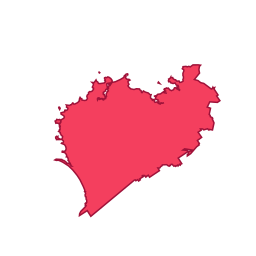 Sorell, Tasmania, Australia, rotated 136°
{"feature_id": "25037944B32706868282963", "entity_name": "Sorell", "entity_type": "district", "adm_level": 2, "iso_a3": "AUS", "parent_name": "Australia", "parent_adm1": "Tasmania", "projection": "equal_earth", "projection_center": [147.667, -42.792], "detail": "fine", "context": "isolated", "style": "filled", "palette": "rose", "viewbox_px": 256, "rotation_deg": 136, "n_neighbors": 0, "source": "geoboundaries", "source_scale": "gbopen_adm2", "svg_char_len": 5876}
<svg xmlns="http://www.w3.org/2000/svg" viewBox="0 0 256 256"><g transform="rotate(136 128 128)"><path d="M38.4,117.8L36.5,120.7L33.8,122.7L32.2,122.8L33.7,124.7L37.5,128.3L40.7,128.7L41.4,130.1L43.0,130.9L43.4,132.0L45.8,133.9L46.2,133.4L47.8,132.9L47.5,131.1L48.1,130.3L50.5,129.2L52.1,127.5L52.3,126.7L53.5,125.3L54.8,124.8L55.6,123.5L56.0,123.5L57.9,123.9L59.1,124.8L58.6,126.3L60.3,127.8L60.5,128.7L60.2,129.5L61.0,130.6L61.3,132.4L60.8,133.2L62.1,134.5L61.8,134.9L63.1,134.5L64.8,135.0L65.2,134.2L66.2,133.9L66.6,132.9L65.7,132.3L65.6,131.3L65.9,130.9L64.7,128.7L62.9,127.7L63.4,125.2L62.4,123.9L63.1,122.5L63.8,123.2L63.8,122.6L64.8,123.0L64.6,121.4L64.3,121.0L63.8,121.2L64.4,120.7L64.4,119.5L64.8,119.4L65.5,122.2L65.9,121.8L65.5,123.1L66.1,124.3L66.7,124.6L68.6,123.9L70.8,124.7L71.4,126.3L71.3,128.8L72.3,129.4L72.6,130.2L73.8,130.3L74.4,130.9L75.2,130.8L75.3,129.4L75.8,128.8L75.6,128.5L76.8,128.7L77.3,128.3L76.3,126.5L76.4,126.4L76.8,126.3L76.3,126.5L77.6,128.4L77.4,129.1L76.6,128.9L76.6,129.3L81.0,130.0L83.2,131.6L85.1,131.6L87.3,132.9L85.6,131.1L87.4,130.6L88.1,129.4L87.8,129.6L88.2,129.0L87.4,128.6L86.9,127.2L87.7,126.7L87.5,125.7L88.5,124.3L88.1,123.1L86.7,123.2L86.0,122.0L84.6,121.1L86.1,121.9L87.0,123.0L88.1,122.8L88.8,123.9L89.3,126.8L90.7,127.6L90.7,128.7L89.5,130.3L91.8,131.3L89.9,130.8L90.8,132.2L90.9,133.9L90.0,135.0L88.3,135.9L88.9,136.3L89.1,139.2L90.5,141.6L91.2,144.0L93.2,143.6L93.6,144.1L92.6,145.9L93.0,147.3L92.6,148.1L94.7,150.4L96.9,151.5L98.8,154.2L99.0,157.1L98.7,158.4L96.9,158.8L96.5,160.4L95.5,161.7L93.3,161.1L93.4,162.2L94.9,163.9L95.0,165.1L94.4,166.3L93.2,166.7L92.8,168.0L94.5,168.1L95.9,167.3L99.7,168.2L104.9,170.0L108.0,172.0L109.0,171.6L111.5,173.0L111.5,172.5L110.2,171.8L110.3,171.4L111.0,171.6L111.4,171.0L112.7,171.6L113.7,171.0L114.4,170.1L115.0,170.3L115.9,169.7L116.4,168.4L117.9,168.6L118.4,168.1L119.8,167.8L121.3,166.2L121.5,165.1L121.4,165.8L121.7,165.9L123.7,164.7L124.8,165.3L126.0,165.1L126.5,166.0L126.4,167.2L128.6,168.3L128.4,169.2L128.7,169.7L130.4,169.3L129.8,170.2L128.7,170.5L128.0,170.0L127.7,169.3L127.8,168.3L126.1,167.3L125.7,165.8L123.7,165.5L122.5,165.9L122.3,166.3L122.6,167.2L121.8,168.4L122.3,169.0L122.2,169.8L121.3,170.0L121.0,170.8L118.6,170.3L117.2,171.1L115.8,170.6L114.6,171.6L112.7,174.6L111.8,174.4L109.2,172.5L107.1,172.4L106.3,173.4L106.0,175.6L106.5,177.9L107.2,178.9L108.4,179.0L109.1,180.1L110.0,180.4L110.7,179.7L110.9,178.4L111.8,178.2L111.6,177.5L112.0,176.9L114.0,177.0L117.3,179.4L118.3,180.6L117.8,182.1L118.1,183.6L117.6,184.8L120.8,184.2L122.2,185.8L122.1,184.0L123.1,183.0L125.3,182.2L125.5,181.5L125.1,180.7L125.8,179.9L128.0,179.4L129.6,180.0L130.2,180.8L131.7,181.0L132.7,179.9L134.4,180.0L135.6,179.4L136.8,177.3L138.7,177.0L140.0,177.8L141.7,180.0L140.9,181.2L141.4,181.7L141.2,183.3L142.5,182.8L142.9,182.1L143.8,182.0L144.2,181.2L146.8,181.3L149.6,182.2L150.4,182.9L150.2,184.3L150.5,184.5L152.5,184.1L153.3,184.7L154.2,184.7L156.4,187.4L156.6,186.6L157.8,185.7L157.4,184.1L158.0,183.5L159.1,183.2L160.5,183.7L160.7,184.6L161.1,184.7L162.3,183.7L165.7,185.5L166.5,184.4L165.7,181.5L166.1,180.1L167.5,179.6L170.5,180.4L172.3,178.8L175.4,178.0L175.4,176.4L175.8,176.1L176.5,176.4L176.7,175.5L177.4,174.6L178.3,174.5L178.3,173.9L180.3,173.8L179.8,171.8L180.6,171.1L180.6,170.2L181.0,169.5L180.9,167.4L182.4,166.2L183.4,166.0L184.7,167.3L185.2,169.4L184.9,170.5L184.3,170.7L185.1,171.2L185.2,171.7L186.4,171.7L187.2,170.6L187.1,169.9L187.5,169.3L183.6,165.7L183.4,163.7L184.0,162.9L184.6,162.7L186.0,162.6L186.2,163.3L186.6,163.2L185.4,160.6L185.3,159.4L185.8,157.7L187.0,155.9L188.9,155.0L191.2,156.4L191.5,157.7L191.4,156.7L192.1,156.3L190.6,154.4L190.7,151.9L191.6,150.3L192.4,150.1L191.9,149.4L191.9,148.6L192.6,147.1L193.7,146.3L193.5,145.5L194.1,143.7L194.1,142.7L194.3,142.3L194.5,142.8L194.7,142.6L194.8,141.0L195.2,140.4L195.1,139.9L195.3,140.1L195.1,140.8L194.9,141.0L194.9,142.6L195.4,144.1L196.5,145.0L196.2,145.9L196.3,147.4L196.7,149.2L197.5,150.4L197.4,151.3L201.3,155.5L202.8,155.8L202.0,154.4L200.5,153.2L199.5,151.1L198.6,148.5L197.1,142.0L196.9,136.2L197.5,129.2L198.5,124.1L200.9,116.7L202.2,113.5L203.0,112.5L202.9,112.1L203.4,112.3L203.5,111.2L204.2,110.1L205.1,109.9L205.9,109.0L206.3,108.2L206.0,107.9L206.3,107.2L207.6,105.9L207.7,105.0L209.2,103.3L210.4,102.8L210.7,103.5L211.1,103.4L210.9,103.1L212.2,102.4L212.2,101.4L212.7,101.6L213.0,101.0L219.9,100.8L222.4,99.9L223.8,98.7L214.7,96.9L216.1,90.3L159.7,86.1L158.8,85.6L159.0,84.6L156.9,84.1L157.2,82.5L155.2,82.2L155.0,83.3L151.3,82.5L151.1,83.7L150.1,83.5L150.3,82.4L149.0,82.2L149.3,80.3L148.1,80.1L148.0,80.4L146.2,80.0L146.7,77.6L135.0,75.5L134.3,78.5L133.0,77.2L131.2,77.5L129.7,77.2L128.9,77.6L125.6,74.7L125.5,73.4L124.9,71.9L123.9,72.0L123.7,71.6L122.3,71.9L121.5,71.3L121.5,68.6L120.4,68.2L120.4,67.3L118.2,66.9L118.4,65.9L116.2,66.1L116.2,65.0L114.8,65.3L114.1,65.0L112.8,71.5L100.8,69.3L101.1,70.9L103.8,74.0L101.7,73.7L97.2,67.7L98.7,67.5L99.2,68.2L100.8,68.7L102.5,67.6L103.7,67.7L104.7,66.7L100.7,66.0L91.6,66.8L88.6,66.4L88.4,67.3L87.4,67.3L86.8,70.8L81.5,70.1L80.5,76.3L76.9,75.6L76.6,77.0L74.9,75.4L74.8,74.0L71.3,72.2L71.4,70.6L70.9,70.2L70.5,70.5L68.6,67.9L62.6,71.9L61.1,75.8L60.4,76.1L60.6,76.5L60.2,77.0L60.9,78.9L60.1,80.1L60.2,81.3L54.9,84.9L56.5,88.0L51.0,90.0L45.9,84.3L42.9,83.8L42.0,89.5L40.3,89.2L39.0,96.3L37.6,96.9L38.9,97.5L38.6,98.4L40.3,97.8L41.0,98.2L42.5,107.4L44.2,110.1L44.7,113.5L46.6,116.8L38.4,117.8ZM176.6,181.5L175.7,181.0L174.3,178.7L172.5,178.9L170.7,180.4L171.3,181.0L171.2,181.6L172.6,182.5L173.2,183.7L174.8,183.2L175.6,183.6L176.6,181.5ZM162.8,190.6L163.2,191.0L163.8,190.7L164.3,188.8L163.1,189.3L162.8,190.6ZM74.3,138.0L74.2,139.9L75.1,139.6L74.3,138.0ZM90.7,167.3L91.3,167.7L91.4,166.4L90.7,166.8L90.7,167.3ZM110.4,188.0L110.3,187.4L109.9,187.4L110.0,188.2L110.4,188.0Z" fill="#f43f5e" stroke="#9f1239" stroke-width="1.5"/></g></svg>